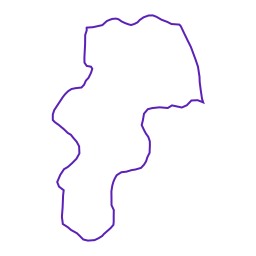 the district of Shabran District, Dəvəçi, Azerbaijan
{"feature_id": "54616110B33183266084070", "entity_name": "Shabran District", "entity_type": "district", "adm_level": 2, "iso_a3": "AZE", "parent_name": "Azerbaijan", "parent_adm1": "Dəvəçi", "projection": "albers", "projection_center": [48.887, 41.122], "detail": "fine", "context": "isolated", "style": "outline", "palette": "violet", "viewbox_px": 256, "rotation_deg": 0, "n_neighbors": 0, "source": "geoboundaries", "source_scale": "gbopen_adm2", "svg_char_len": 1645}
<svg xmlns="http://www.w3.org/2000/svg" viewBox="0 0 256 256"><path d="M86.7,27.6L86.6,27.9L86.7,30.4L85.2,35.0L85.1,43.9L84.7,51.9L84.4,57.7L84.5,62.7L86.7,65.9L91.0,66.7L92.3,68.8L91.0,72.8L88.5,77.9L85.9,80.6L84.1,84.7L81.5,87.5L75.4,88.2L71.5,89.0L68.1,91.2L65.2,94.1L63.0,96.8L60.7,100.3L57.2,105.6L54.3,110.0L52.8,114.4L52.8,120.0L54.9,122.2L58.7,124.9L64.1,129.4L67.8,133.0L70.8,134.7L73.6,138.2L76.7,141.8L79.1,146.3L79.4,153.4L76.5,158.7L72.2,163.1L67.8,167.0L64.0,169.2L60.3,174.8L57.2,182.0L59.0,186.6L63.7,190.2L63.1,195.4L62.6,207.7L61.9,216.9L62.5,221.3L62.8,224.0L67.7,227.1L71.1,230.0L76.9,233.2L79.6,235.8L83.3,239.5L87.9,240.6L93.4,240.2L94.6,240.1L98.4,238.3L102.2,236.0L103.9,234.0L107.9,230.5L110.6,228.1L113.4,224.9L113.7,221.9L113.7,215.9L113.8,210.1L111.5,205.1L111.5,199.6L111.4,191.2L112.3,185.6L113.4,181.8L114.8,178.5L116.7,175.2L121.4,172.2L126.3,171.7L131.6,170.1L135.5,169.5L141.0,167.9L144.0,164.7L146.1,161.3L147.3,157.4L149.6,152.8L149.7,149.4L149.9,145.6L149.8,141.2L148.3,136.9L145.8,133.4L143.9,129.8L141.7,125.1L142.9,120.2L144.0,113.7L147.8,109.2L152.1,108.1L159.5,107.3L167.8,108.0L172.0,105.4L176.7,106.4L181.8,107.5L186.8,105.3L191.4,100.5L197.6,100.2L202.3,102.0L203.2,102.4L202.0,98.7L200.7,89.9L199.7,82.1L199.5,76.8L198.0,66.8L195.6,59.7L190.9,47.0L187.3,39.8L184.4,33.8L180.8,26.2L179.4,24.6L171.4,24.0L167.3,21.9L161.5,19.7L156.5,16.8L152.8,15.4L148.6,15.5L143.6,17.3L139.7,20.0L137.6,22.3L134.5,23.9L131.2,25.0L129.0,24.5L125.1,23.1L121.5,21.4L118.6,19.3L116.0,18.6L112.3,18.9L110.3,19.6L106.9,21.0L105.1,22.6L102.4,25.1L92.9,27.2L86.7,27.6Z" fill="none" stroke="#5b21b6" stroke-width="2"/></svg>